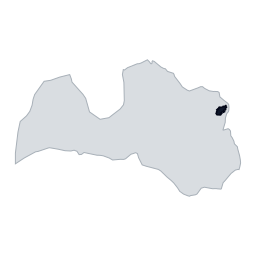 Susāju pag., Vilakas, Latvia shown in context
{"feature_id": "27541924B7356494946618", "entity_name": "Susāju pag.", "entity_type": "district", "adm_level": 2, "iso_a3": "LVA", "parent_name": "Latvia", "parent_adm1": "Vilakas", "projection": "albers", "projection_center": [27.605, 57.194], "detail": "fine", "context": "in_parent", "style": "filled", "palette": "ink", "viewbox_px": 256, "rotation_deg": 0, "n_neighbors": 0, "source": "geoboundaries", "source_scale": "gbopen_adm2", "svg_char_len": 3738}
<svg xmlns="http://www.w3.org/2000/svg" viewBox="0 0 256 256"><path d="M189.7,196.2L188.1,195.9L183.6,194.1L179.8,191.4L177.6,187.9L173.8,183.0L171.2,180.5L167.3,177.3L160.7,170.9L158.3,169.4L146.5,166.3L142.2,164.9L138.6,157.7L137.4,153.5L135.5,152.7L133.4,153.5L131.0,154.2L125.5,158.8L123.7,159.4L120.4,159.3L112.6,160.0L109.2,158.0L103.2,155.8L99.9,155.3L96.9,155.2L84.0,152.5L81.5,154.4L79.1,154.6L77.0,151.3L74.1,150.2L70.9,151.0L65.0,150.7L58.2,149.2L49.5,147.7L48.2,148.0L38.1,151.4L35.6,151.8L24.4,157.9L15.4,163.8L15.4,153.1L18.0,131.9L20.2,121.5L26.5,115.9L29.8,111.4L32.1,105.2L33.1,99.3L34.7,94.5L44.1,81.3L50.7,80.3L59.7,77.1L69.7,74.6L71.3,78.9L72.0,82.1L83.0,94.4L85.7,98.4L89.5,111.9L100.1,119.3L108.9,117.7L112.9,114.6L120.2,109.0L123.5,104.8L124.3,100.6L123.9,82.4L122.4,74.5L123.3,69.6L124.5,70.0L127.5,67.7L137.2,63.8L139.1,63.7L141.3,62.9L147.4,59.8L149.2,61.6L150.8,63.7L151.6,63.7L152.1,63.0L152.0,61.7L152.5,60.8L154.2,61.4L160.9,67.0L163.6,68.4L165.4,68.8L167.5,71.4L173.4,73.3L174.1,74.6L174.5,76.3L179.9,83.3L182.3,86.9L187.3,90.2L189.4,91.0L198.1,87.8L200.6,86.7L202.6,86.7L204.6,88.4L209.2,90.8L213.5,91.5L214.2,91.4L217.8,91.6L219.1,92.5L219.9,96.9L224.0,100.4L227.8,103.3L228.7,104.6L229.0,107.2L228.8,110.2L228.3,111.8L226.7,113.6L225.4,118.1L225.2,122.4L223.0,129.9L223.5,130.1L228.1,128.7L229.4,129.5L230.5,131.1L230.8,135.8L232.3,137.9L233.9,141.2L234.4,143.8L237.4,146.8L237.7,148.8L239.6,155.8L240.3,159.8L240.6,162.9L239.8,166.9L239.0,169.6L238.0,169.4L235.3,170.1L231.1,173.4L224.7,181.0L223.1,182.7L221.4,188.5L221.0,189.1L217.3,188.8L216.3,188.6L212.5,188.7L204.4,187.2L201.2,188.2L197.0,194.0L195.4,194.8L190.5,195.6L189.7,196.2Z" fill="#d9dde1" stroke="#a8b0b8" stroke-width="1"/><path d="M224.2,111.4L224.0,111.2L223.9,111.2L223.7,111.2L223.6,110.9L223.6,110.7L223.8,110.4L223.7,110.2L223.8,110.1L224.0,110.1L224.3,109.9L224.4,109.7L224.4,109.8L224.5,109.8L224.7,110.0L224.8,110.0L225.0,110.0L225.3,110.0L225.4,109.9L225.5,109.8L225.5,109.7L225.6,109.4L225.7,109.2L225.3,108.9L225.4,108.7L225.4,108.4L225.4,108.2L225.4,107.9L225.5,107.7L225.8,107.7L226.0,107.7L226.3,107.5L226.3,107.4L226.2,107.2L226.1,106.9L225.9,106.8L225.7,106.7L225.8,106.6L226.0,106.6L225.9,106.5L225.9,106.4L226.0,106.3L226.0,106.2L226.0,105.9L226.0,105.6L225.9,105.5L225.7,105.5L225.4,105.8L225.4,106.0L225.2,106.2L225.2,106.3L224.9,106.3L224.7,106.3L224.4,106.3L224.2,106.3L224.2,106.5L224.1,106.8L223.9,106.8L223.9,106.6L223.8,106.4L223.6,106.4L223.4,106.4L223.2,106.4L223.2,106.5L222.9,106.7L222.9,106.8L222.7,106.9L222.5,107.0L222.4,107.1L221.8,107.2L221.0,107.3L220.8,107.4L220.6,107.4L220.4,107.4L220.2,107.5L220.2,107.4L220.2,107.2L219.9,107.1L219.6,107.1L218.9,107.4L218.9,107.6L219.1,107.6L219.2,107.8L218.9,108.0L218.6,108.2L218.6,108.4L218.3,108.4L218.1,108.6L217.8,108.8L217.6,109.3L217.8,109.5L217.7,109.5L217.4,109.4L217.5,109.1L217.7,108.8L217.3,109.3L217.2,109.4L216.9,109.6L217.0,109.7L217.1,109.8L217.0,110.2L217.1,110.5L216.9,111.1L216.7,111.2L216.7,111.4L216.6,111.6L216.6,111.9L216.8,111.9L216.8,112.2L216.7,112.4L216.5,112.5L216.4,112.7L216.2,113.1L216.2,113.4L216.1,113.6L216.3,113.8L216.5,114.1L216.6,114.3L217.0,114.8L219.3,114.9L219.5,114.9L220.3,114.9L220.5,114.9L220.5,114.7L220.5,114.4L220.4,114.4L220.4,114.1L220.8,114.2L221.1,114.2L221.2,113.9L221.2,114.0L221.3,113.9L221.2,113.9L221.1,113.7L221.2,113.4L221.4,113.2L221.4,113.3L221.5,113.2L221.4,113.1L221.2,112.8L221.3,112.8L221.4,112.7L221.6,112.4L221.8,112.3L221.9,112.1L222.0,112.0L222.0,111.9L222.3,111.8L222.5,111.8L222.8,111.8L223.1,111.9L223.2,112.1L223.3,112.1L223.4,112.3L223.5,112.3L223.5,112.2L223.8,112.0L223.9,111.8L224.0,111.8L224.0,111.7L224.1,111.4L224.2,111.4Z" fill="#0f172a" stroke="#020617" stroke-width="1.5"/></svg>